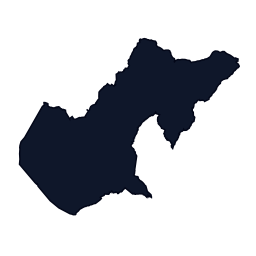 Ahualulco de Mercado, Jalisco, Mexico, rotated 4°
{"feature_id": "50627088B69009115313413", "entity_name": "Ahualulco de Mercado", "entity_type": "district", "adm_level": 2, "iso_a3": "MEX", "parent_name": "Mexico", "parent_adm1": "Jalisco", "projection": "robinson", "projection_center": [-103.9, 20.71], "detail": "fine", "context": "isolated", "style": "filled", "palette": "ink", "viewbox_px": 256, "rotation_deg": 4, "n_neighbors": 0, "source": "geoboundaries", "source_scale": "gbopen_adm2", "svg_char_len": 5865}
<svg xmlns="http://www.w3.org/2000/svg" viewBox="0 0 256 256"><g transform="rotate(4 128 128)"><path d="M233.0,51.5L230.4,50.7L230.1,51.2L228.8,50.7L225.1,48.4L221.2,46.9L218.6,45.0L217.1,45.1L215.1,46.1L214.2,46.2L212.3,45.2L210.0,45.1L208.8,45.5L207.2,46.8L205.0,51.2L202.6,53.0L201.2,53.7L200.1,53.8L199.0,54.7L197.2,54.9L195.0,56.0L192.6,56.4L190.6,57.3L188.0,57.7L186.5,58.3L184.8,56.4L184.4,56.3L182.8,56.3L180.2,55.7L177.1,55.8L174.8,56.4L173.2,56.2L170.8,57.4L170.2,58.0L169.8,58.8L169.6,58.7L169.9,57.4L169.4,55.6L167.5,54.7L166.8,53.6L165.9,52.3L165.1,49.6L164.5,48.9L164.2,48.1L162.8,47.5L160.3,47.7L159.0,48.1L157.7,48.1L156.8,47.2L155.1,46.1L153.6,45.4L151.7,44.9L150.4,43.3L150.6,41.6L149.6,39.8L149.2,39.5L146.6,39.3L144.9,38.6L143.7,39.2L142.6,38.6L141.0,38.5L140.1,38.0L138.0,37.7L134.7,39.0L134.0,38.5L133.5,39.1L133.4,39.7L133.4,40.4L133.7,40.7L133.5,41.3L133.7,41.9L131.6,42.8L131.5,45.5L130.8,46.2L131.0,46.8L130.6,47.5L129.9,47.4L128.9,48.2L128.4,49.0L128.1,50.8L126.9,53.1L126.5,54.7L125.5,56.6L125.2,58.8L124.0,59.9L123.5,60.9L123.9,61.7L124.0,63.0L123.7,63.8L125.0,65.6L123.9,67.5L123.6,68.6L121.2,68.6L120.5,70.3L119.9,70.4L119.8,70.8L119.9,71.5L119.0,72.2L118.2,72.8L115.9,72.8L115.0,73.7L114.7,73.1L113.9,74.3L112.5,75.2L113.2,81.2L112.4,82.5L112.1,84.4L112.7,85.8L113.1,86.1L111.8,85.7L111.7,86.2L111.1,87.2L108.7,85.7L108.0,86.6L107.4,86.9L106.4,86.6L104.4,85.3L103.3,87.0L101.0,88.5L100.7,89.5L99.7,90.1L99.2,91.0L97.9,92.3L96.6,94.2L96.8,99.0L97.1,100.7L95.9,102.3L94.9,104.1L94.9,104.8L94.5,104.8L94.1,105.3L94.0,105.9L94.3,106.2L94.1,106.5L91.0,107.8L89.4,109.2L88.8,110.7L88.3,112.9L87.6,113.7L85.4,112.4L87.4,113.8L84.4,119.5L84.7,120.1L80.8,120.7L80.2,121.0L78.7,121.0L75.4,122.9L72.8,122.9L72.5,122.6L72.6,121.9L71.5,120.5L69.2,122.6L69.2,123.1L64.9,117.0L64.5,115.5L64.4,114.6L62.2,114.0L61.8,114.4L61.3,114.5L60.6,113.6L59.4,113.4L58.2,112.0L57.4,111.7L56.6,111.7L56.3,112.5L55.6,112.7L55.1,112.1L54.6,112.3L54.3,112.9L53.6,112.8L52.9,113.4L52.3,113.1L51.5,113.4L51.1,113.0L49.8,112.7L48.7,112.8L46.7,111.8L46.4,109.7L46.0,109.9L45.6,109.0L43.4,108.4L42.4,108.5L42.8,111.2L41.2,112.3L25.6,144.7L22.3,149.2L21.5,152.9L21.4,155.5L21.7,155.9L21.7,161.2L22.4,166.7L22.3,171.8L39.1,189.0L40.8,190.4L41.2,189.8L41.5,189.9L42.4,192.4L55.5,206.0L64.6,212.5L76.4,217.7L77.2,217.6L79.4,218.3L81.5,218.1L82.0,217.5L81.9,216.7L82.5,215.9L84.4,214.1L85.4,212.5L88.7,210.3L90.7,209.2L91.5,209.2L92.2,208.5L94.5,208.2L95.6,207.3L97.1,207.0L99.1,205.9L100.8,205.5L105.0,201.8L105.8,200.9L106.3,200.0L105.2,199.2L105.5,198.6L108.8,196.9L109.3,195.5L113.4,195.4L114.2,193.9L114.1,193.4L114.6,193.4L115.3,192.9L115.6,193.2L116.0,192.0L116.9,192.4L117.5,193.6L118.2,193.7L118.3,193.3L119.8,193.2L120.0,192.7L122.5,193.1L122.2,194.0L122.5,194.1L123.2,193.8L123.3,193.3L124.7,192.0L125.5,192.3L126.6,191.5L126.9,190.6L127.8,189.8L128.1,189.2L129.0,188.5L129.3,187.9L137.0,193.3L137.2,192.9L138.4,193.4L138.8,192.8L139.7,193.6L140.5,193.5L141.3,193.0L142.3,193.2L143.9,192.9L144.3,192.6L145.7,192.9L146.6,192.4L146.8,192.6L147.4,192.8L147.9,193.5L149.1,193.7L149.8,194.2L151.8,195.9L152.6,193.7L153.6,195.2L154.0,194.3L156.2,195.6L156.2,195.1L155.5,192.9L151.7,189.9L149.8,184.6L148.3,183.5L147.8,182.6L146.2,181.1L144.8,180.1L143.7,179.7L141.9,177.9L141.3,176.5L141.5,176.3L141.0,175.8L139.7,176.0L139.3,175.6L138.0,175.5L137.1,174.3L137.6,173.3L137.8,169.7L137.6,169.3L138.6,155.3L136.8,152.6L137.0,152.1L136.8,151.4L135.5,150.2L135.5,149.2L134.9,148.8L134.9,148.3L133.9,147.8L132.4,146.3L132.2,144.7L133.8,142.7L132.7,141.8L134.5,141.0L134.3,140.4L134.6,139.4L134.2,138.4L134.6,137.5L135.1,137.5L135.1,136.8L135.9,134.6L137.0,132.8L137.7,128.6L138.1,128.8L138.0,127.8L137.5,127.2L138.3,126.6L138.2,126.3L139.0,125.5L139.1,124.9L139.9,124.8L140.9,123.0L140.5,122.5L141.2,122.3L141.5,121.5L143.4,119.8L143.6,119.2L144.0,119.3L144.2,118.7L145.2,118.3L145.5,117.5L146.1,117.4L148.9,114.5L149.4,114.6L150.6,113.5L151.1,113.9L152.0,113.7L154.3,110.8L154.5,110.2L154.8,110.6L154.7,111.6L158.6,112.5L157.7,114.4L157.0,115.2L156.9,118.0L157.3,118.9L157.2,119.4L157.7,119.8L157.9,121.5L158.4,121.6L158.5,122.2L159.9,123.4L161.3,125.1L161.5,125.9L163.1,126.3L164.7,127.1L165.1,127.8L165.0,128.5L164.7,129.1L164.6,130.6L164.2,130.9L164.4,131.6L165.2,131.9L165.3,132.8L165.0,133.3L165.2,133.6L166.2,134.9L166.4,135.5L167.1,136.2L167.5,135.9L167.9,136.3L167.3,136.4L167.6,137.1L168.3,137.4L169.1,137.2L169.8,137.7L170.9,137.9L171.7,139.3L172.7,139.8L172.3,140.5L173.0,141.2L173.0,142.1L172.5,142.5L172.7,143.0L172.6,143.8L174.0,145.3L174.7,142.2L175.1,141.4L175.6,141.3L175.9,140.3L175.7,140.0L176.2,138.8L175.9,138.6L176.0,138.2L176.5,138.0L177.0,137.1L177.4,136.9L178.4,135.1L178.3,134.4L178.9,133.7L179.1,131.8L179.8,131.1L179.6,130.9L179.8,129.9L179.5,129.8L180.0,129.4L179.8,129.0L181.2,127.9L182.5,127.3L183.0,126.5L183.6,126.4L183.7,125.4L184.3,126.1L184.2,126.4L186.2,126.2L187.0,125.4L187.4,125.5L187.8,124.9L189.0,124.1L189.7,122.1L190.6,121.0L190.8,119.6L191.7,118.1L191.7,117.4L192.4,117.4L193.3,116.8L193.8,112.6L192.4,111.3L192.0,107.6L191.1,107.0L190.8,105.5L190.8,104.7L190.6,104.1L190.6,103.5L191.2,103.3L191.7,103.4L192.1,101.7L192.1,99.7L192.7,98.4L194.1,97.9L195.2,95.9L195.6,95.8L195.9,95.3L197.1,94.7L197.5,95.4L197.9,95.6L199.3,95.1L199.9,95.3L200.5,94.9L202.4,95.6L202.6,96.1L206.7,93.7L206.7,92.8L207.1,91.7L209.1,89.7L209.7,87.8L211.3,86.4L211.6,85.5L212.3,85.0L213.0,83.8L213.2,83.1L213.6,82.7L213.4,82.0L214.7,79.6L215.5,78.4L217.0,77.1L217.1,75.4L217.8,74.4L219.4,73.1L221.5,72.2L223.8,71.6L224.0,70.6L225.8,69.1L226.2,68.3L227.0,67.4L227.3,67.1L227.7,67.3L228.4,66.6L228.5,66.0L228.9,65.8L229.2,64.5L229.5,64.1L231.0,62.9L231.5,61.9L232.2,61.4L232.6,60.6L233.6,60.2L234.3,59.3L234.6,58.8L234.4,58.0L233.3,56.4L231.4,55.0L231.3,54.4L231.8,53.8L232.9,53.7L233.0,51.5Z" fill="#0f172a" stroke="#020617" stroke-width="1.5"/></g></svg>